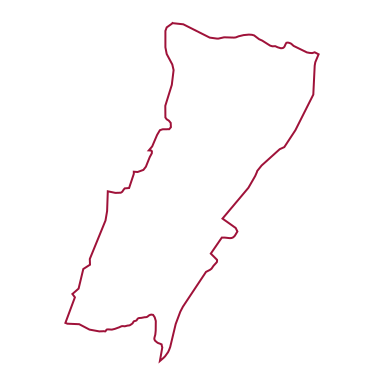 outline of Mount Lebanon
{"feature_id": "LBN-3025", "entity_name": "Mount Lebanon", "entity_type": "Province", "adm_level": 1, "iso_a3": "LBN", "parent_name": "Lebanon", "parent_adm1": "", "projection": "robinson", "projection_center": [35.671, 33.864], "detail": "fine", "context": "isolated", "style": "outline", "palette": "rose", "viewbox_px": 384, "rotation_deg": 0, "n_neighbors": 0, "source": "natural_earth", "source_scale": "10m", "svg_char_len": 2168}
<svg xmlns="http://www.w3.org/2000/svg" viewBox="0 0 384 384"><path d="M133.8,171.7L137.6,172.0L143.4,169.9L145.9,166.7L149.7,157.2L151.8,153.3L151.9,151.3L151.3,150.6L148.8,150.4L152.2,146.4L157.1,134.9L159.9,130.2L162.6,129.3L169.2,129.2L170.9,127.2L170.7,122.9L168.8,120.6L166.7,119.3L165.4,117.5L165.3,105.8L171.8,84.9L173.6,70.1L172.3,64.5L166.7,54.0L165.4,47.3L165.4,30.9L166.7,27.4L172.3,23.4L172.5,23.0L173.0,23.2L183.3,24.3L209.7,37.6L217.0,38.6L218.4,38.6L224.1,37.3L234.0,37.6L235.8,37.4L238.6,36.3L243.6,35.1L248.9,34.6L251.9,34.8L254.1,35.4L259.1,39.2L262.2,40.6L270.1,45.6L272.4,46.3L275.3,46.2L277.7,47.3L280.7,48.2L281.7,48.2L282.9,48.0L283.8,47.4L284.5,46.6L285.5,44.3L286.4,42.8L287.5,42.6L288.6,42.7L290.6,43.4L291.4,43.9L293.6,45.9L306.9,52.4L309.6,52.9L312.2,53.1L314.7,52.3L318.6,54.3L315.3,62.2L314.7,65.6L313.3,94.6L295.4,130.2L284.3,147.1L279.7,149.2L261.6,165.5L257.2,171.0L256.9,172.1L255.2,176.0L248.4,187.8L222.5,218.6L235.7,228.0L237.4,231.5L234.8,235.8L233.9,236.7L232.9,237.5L231.6,238.0L230.5,238.1L229.3,238.1L224.8,237.6L221.8,237.6L210.8,253.6L217.0,259.8L217.1,260.9L216.8,262.2L213.5,265.8L211.5,268.7L209.9,269.9L206.0,271.9L182.9,306.7L180.3,311.7L175.7,324.0L170.2,347.0L169.1,349.9L168.1,352.1L165.1,356.3L163.4,358.0L159.9,361.0L162.3,347.4L161.9,346.2L161.6,344.4L160.0,343.7L158.0,343.0L156.8,342.2L154.9,340.5L154.3,338.9L154.5,337.5L155.3,334.6L155.7,330.6L155.8,321.0L154.7,317.3L153.1,314.9L151.3,314.6L150.0,314.9L148.7,315.6L147.7,316.5L146.8,317.0L145.8,317.2L144.8,317.2L141.2,317.9L139.3,318.0L138.5,318.2L137.8,318.6L137.3,319.2L136.9,319.9L136.4,320.5L135.6,320.8L133.9,321.3L133.4,321.9L132.6,323.3L132.0,323.8L130.1,325.1L129.3,325.4L127.5,325.6L124.8,326.3L122.7,326.1L121.7,326.2L120.2,326.8L119.5,327.2L114.8,328.9L111.9,329.6L108.0,329.4L106.9,329.5L106.3,330.0L105.9,330.7L105.2,331.4L103.7,331.2L99.3,331.4L89.5,329.6L79.2,324.2L67.4,323.7L65.4,322.9L74.9,297.3L72.4,294.0L78.6,288.6L83.3,269.0L90.0,264.7L89.8,259.0L105.5,220.5L107.1,211.1L107.8,191.3L115.4,192.9L120.8,192.7L122.2,191.8L123.7,189.6L124.7,188.4L129.1,188.0L133.8,173.9L133.8,171.7Z" fill="none" stroke="#9f1239" stroke-width="2"/></svg>